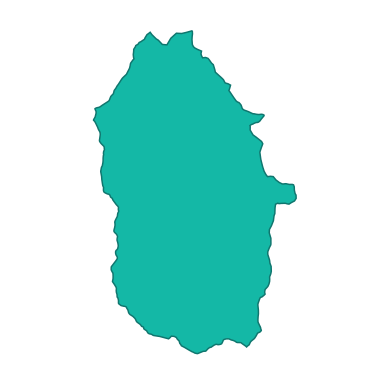 outline of Doteng, Paro, Bhutan, rotated 5°
{"feature_id": "84629894B41574505265269", "entity_name": "Doteng", "entity_type": "district", "adm_level": 2, "iso_a3": "BTN", "parent_name": "Bhutan", "parent_adm1": "Paro", "projection": "robinson", "projection_center": [89.408, 27.558], "detail": "fine", "context": "isolated", "style": "filled", "palette": "teal", "viewbox_px": 384, "rotation_deg": 5, "n_neighbors": 0, "source": "geoboundaries", "source_scale": "gbopen_adm2", "svg_char_len": 6035}
<svg xmlns="http://www.w3.org/2000/svg" viewBox="0 0 384 384"><g transform="rotate(5 192 192)"><path d="M259.9,341.6L260.7,340.6L261.4,340.0L262.2,339.3L262.5,338.6L262.9,337.4L263.4,336.2L264.1,335.3L265.1,334.3L266.5,333.0L267.2,332.1L268.4,329.8L269.5,327.2L269.9,326.7L271.2,326.0L272.0,325.5L272.4,324.9L272.8,324.5L273.1,324.0L272.9,323.3L272.3,321.9L272.2,321.3L271.5,319.9L271.2,319.5L269.8,317.1L269.1,315.8L268.8,313.7L268.7,310.3L268.8,307.6L268.5,304.5L268.3,303.1L267.8,300.7L267.4,298.4L267.6,296.9L268.6,293.0L268.9,292.0L269.4,291.1L271.0,290.3L272.9,288.4L273.7,287.4L273.1,285.5L273.3,282.8L274.9,280.7L275.8,279.5L276.7,276.9L277.1,274.3L277.0,272.0L276.7,269.8L277.6,266.7L277.9,264.1L277.3,259.2L275.8,256.0L275.2,253.1L272.9,247.5L272.7,244.9L273.9,240.8L275.1,237.8L275.1,236.5L274.6,231.2L273.4,228.2L272.5,225.9L272.4,222.6L274.1,218.6L275.6,213.5L275.8,208.4L276.4,206.4L276.1,200.5L276.3,196.9L278.4,195.7L279.7,196.0L281.7,195.6L285.9,195.1L287.9,195.5L289.7,195.6L291.9,193.9L294.9,192.0L296.3,189.3L295.9,186.0L294.8,184.5L293.8,181.2L293.4,177.9L292.5,176.0L291.2,175.7L288.3,176.0L285.2,175.6L284.3,175.6L282.6,176.0L281.2,176.1L278.1,174.9L274.6,172.7L271.6,169.6L268.8,169.5L266.0,170.1L265.2,169.4L264.0,168.0L262.0,165.0L260.3,161.0L259.1,157.6L257.7,153.5L256.1,146.4L257.2,141.8L258.3,137.8L256.9,135.6L251.9,132.3L247.8,129.8L245.0,125.9L244.5,125.1L244.3,121.8L243.9,120.8L245.3,119.6L246.9,118.9L247.8,118.2L249.8,117.2L250.8,117.1L252.1,116.6L253.4,115.4L254.6,113.4L257.1,109.8L257.1,109.2L255.9,108.6L254.3,108.5L251.9,109.0L249.8,109.0L247.2,108.7L245.7,108.7L241.4,107.1L238.9,106.4L236.9,105.9L235.3,105.0L234.5,103.9L234.1,102.8L233.3,101.1L232.2,99.9L231.0,98.8L229.5,98.4L228.0,97.4L225.5,94.5L222.5,90.8L221.0,88.9L219.9,87.7L220.3,86.4L221.1,82.2L218.4,81.0L215.6,80.5L214.7,79.3L213.7,77.6L212.4,76.4L204.8,70.6L204.0,68.0L202.1,63.3L200.2,61.9L197.7,58.9L196.3,57.5L193.8,56.8L190.9,57.4L189.8,55.8L188.9,53.6L189.2,50.8L184.9,49.4L181.9,48.1L180.7,47.0L179.5,45.1L178.7,40.2L178.6,37.4L178.7,34.4L178.3,31.8L177.8,31.5L172.2,33.6L167.9,35.0L162.6,35.2L157.5,40.7L154.2,47.6L149.6,47.6L145.2,43.7L143.0,42.6L138.3,38.7L136.4,36.5L135.5,37.3L135.1,37.8L133.7,38.9L133.3,39.4L132.5,41.1L131.9,42.2L131.3,44.0L130.9,44.4L129.9,45.1L128.0,46.7L126.4,47.6L126.1,48.1L125.5,49.2L125.1,49.7L123.6,50.7L123.2,51.1L122.9,52.3L122.6,52.9L121.7,54.5L121.5,55.1L121.6,56.4L121.6,58.9L121.5,59.5L121.5,60.1L121.7,61.3L122.1,63.2L122.6,64.4L122.3,64.9L121.9,65.3L121.5,65.8L120.6,67.5L119.9,68.5L119.7,69.1L119.5,69.7L119.4,71.5L119.2,72.8L119.0,74.0L118.8,74.6L116.7,79.8L116.5,80.4L115.7,81.3L113.3,84.0L112.6,84.9L111.7,86.5L109.4,90.9L108.1,93.0L107.1,95.3L105.8,97.4L105.6,97.9L105.3,99.8L105.2,100.4L105.0,101.0L104.7,101.5L103.5,102.9L102.8,103.9L102.6,104.5L102.4,105.1L101.9,106.9L101.5,108.1L101.1,108.6L100.2,109.4L94.9,113.5L94.0,114.3L92.6,115.4L92.0,115.7L89.8,116.4L88.6,117.0L88.1,117.4L88.2,117.9L89.0,119.4L89.3,119.9L89.5,120.5L89.5,121.1L89.6,121.8L89.4,123.0L89.0,125.5L88.8,126.1L87.7,128.4L87.7,129.2L88.7,129.9L89.1,130.4L90.1,131.9L92.3,135.6L93.1,137.3L93.4,137.9L94.8,139.9L95.3,141.0L95.4,141.6L95.6,142.9L95.5,145.4L95.3,148.5L95.4,149.1L95.6,149.7L96.4,150.7L97.2,151.6L100.0,154.0L100.4,154.4L100.6,155.0L100.8,156.2L101.1,157.4L100.5,159.2L100.4,159.8L100.4,161.1L100.5,161.7L100.7,162.3L100.7,162.9L100.5,163.5L100.5,164.1L100.5,166.0L100.7,168.5L100.7,170.4L100.5,172.2L100.4,173.5L100.2,174.1L99.7,175.2L99.6,175.8L99.3,179.0L99.3,179.6L99.6,180.8L100.6,184.4L101.1,187.5L102.1,191.7L102.4,192.9L102.6,193.5L103.2,194.6L103.5,195.2L103.5,195.8L103.6,197.7L103.7,198.3L103.9,198.9L104.2,199.5L104.6,199.9L105.1,200.2L106.2,200.7L107.9,201.3L108.5,201.4L108.9,201.4L109.5,201.5L110.0,202.0L110.5,202.3L111.3,204.1L111.7,204.4L112.8,205.1L113.2,205.4L113.7,206.6L114.1,207.1L117.6,211.1L118.5,211.9L119.4,212.7L119.8,213.2L120.1,213.7L120.1,214.3L120.1,215.6L120.2,216.2L120.6,217.4L120.6,218.0L120.1,219.1L119.9,219.8L119.8,221.0L119.8,222.3L119.7,222.9L118.1,226.9L117.8,228.1L117.7,228.7L118.1,230.6L118.2,231.8L118.2,232.4L118.0,234.3L117.7,236.1L117.6,236.7L117.6,237.4L117.7,238.0L118.0,238.5L118.9,239.4L120.3,240.5L120.7,241.0L121.4,242.1L121.6,242.6L121.7,243.2L121.5,244.5L121.5,246.4L121.7,247.0L122.6,249.3L122.9,250.5L123.2,251.7L123.2,253.0L123.0,254.2L122.7,255.4L122.4,255.9L121.5,256.8L121.3,257.4L121.1,258.0L121.1,258.6L121.3,259.9L121.7,261.0L122.0,261.6L122.8,262.6L123.1,263.1L123.3,263.7L123.4,264.3L123.3,264.9L123.1,265.5L122.2,267.1L118.2,273.4L118.1,274.0L118.2,275.8L118.3,276.5L118.5,277.0L119.5,278.6L120.2,279.6L120.4,280.2L120.5,280.8L120.8,283.3L120.9,285.2L120.8,286.4L120.7,287.1L120.6,287.7L120.6,288.2L122.7,290.8L124.6,293.4L124.9,294.0L125.1,294.8L125.1,296.8L125.2,297.4L125.4,298.5L126.3,300.8L126.5,302.6L126.8,303.5L127.2,303.8L127.5,304.2L128.0,305.7L128.3,307.0L128.3,308.1L128.6,309.6L131.2,311.3L133.7,311.7L135.3,311.8L136.4,312.2L136.9,312.8L137.2,313.5L138.2,314.8L138.6,315.5L139.4,317.8L140.3,318.9L141.0,319.5L143.9,321.0L145.0,321.9L146.3,323.0L146.7,323.6L148.1,326.0L149.7,327.1L151.3,328.0L151.9,328.4L152.9,329.4L153.3,330.0L153.7,330.3L154.5,330.4L155.5,331.0L155.8,332.0L156.0,332.5L156.5,332.9L158.9,334.2L160.3,336.2L161.1,336.7L161.8,337.0L163.7,337.2L164.8,337.6L165.2,337.9L165.9,338.2L166.4,338.3L172.4,338.7L181.5,340.3L182.8,339.0L184.0,337.4L186.9,337.4L189.1,338.3L190.2,339.9L192.2,341.6L193.0,343.8L194.2,345.1L194.8,346.1L198.2,347.5L202.8,349.7L205.9,351.1L207.3,351.5L208.8,352.2L210.8,352.5L211.7,352.5L216.9,349.8L219.6,349.3L221.8,346.5L223.4,345.2L223.9,345.2L224.5,345.0L227.4,342.6L229.0,341.7L229.6,341.6L230.9,341.8L232.1,341.7L233.8,341.2L234.4,340.8L234.8,340.5L235.1,339.8L235.7,338.3L235.9,337.3L236.2,336.7L236.5,336.3L238.1,335.6L239.1,335.3L240.1,335.2L241.4,335.1L242.3,335.3L243.2,335.7L244.2,336.0L245.5,336.2L247.4,336.7L249.4,337.8L250.2,338.0L253.4,337.8L254.2,338.0L255.2,338.7L259.0,340.9L259.9,341.6Z" fill="#14b8a6" stroke="#0f766e" stroke-width="1.5"/></g></svg>